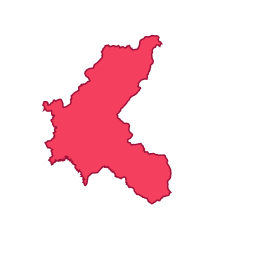 Chawang, Nakhon Si Thammarat, Thailand (Albers equal-area conic projection), rotated 50°
{"feature_id": "78962969B73992602803930", "entity_name": "Chawang", "entity_type": "district", "adm_level": 2, "iso_a3": "THA", "parent_name": "Thailand", "parent_adm1": "Nakhon Si Thammarat", "projection": "albers", "projection_center": [99.536, 8.499], "detail": "fine", "context": "isolated", "style": "filled", "palette": "rose", "viewbox_px": 256, "rotation_deg": 50, "n_neighbors": 0, "source": "geoboundaries", "source_scale": "gbopen_adm2", "svg_char_len": 5848}
<svg xmlns="http://www.w3.org/2000/svg" viewBox="0 0 256 256"><g transform="rotate(50 128 128)"><path d="M202.0,151.9L203.2,151.3L204.0,150.4L203.3,148.2L203.5,146.8L203.1,145.5L203.7,144.1L204.2,143.6L204.5,141.9L205.1,141.4L205.5,140.4L205.6,139.6L204.6,138.3L204.9,136.7L200.7,136.6L198.3,135.3L196.9,133.7L195.2,132.8L193.9,131.3L193.7,128.5L193.1,127.3L189.8,123.8L188.5,123.5L188.0,122.5L183.3,121.1L179.7,120.6L179.2,120.2L178.8,118.9L177.2,118.3L174.6,118.2L173.3,117.4L172.2,117.6L169.2,121.1L168.7,122.2L167.1,122.7L166.2,124.0L164.8,124.4L163.6,125.2L163.3,126.0L162.2,127.2L162.3,128.2L160.6,128.7L158.8,128.5L157.2,130.6L156.9,130.6L156.6,130.1L155.5,130.5L154.7,128.9L153.9,129.2L153.4,128.8L151.2,128.1L150.1,128.4L148.2,128.1L145.5,133.0L144.0,134.6L143.4,136.2L142.3,136.3L140.9,135.8L138.9,137.3L136.7,135.8L137.3,132.8L136.7,129.9L136.0,128.8L133.9,128.9L132.5,129.4L130.1,128.7L126.8,125.2L124.8,125.1L123.2,126.4L122.7,127.4L121.3,128.3L119.9,128.2L117.3,128.8L115.6,128.6L114.3,129.4L113.2,129.1L112.3,128.2L110.5,127.8L110.3,127.3L110.4,125.2L109.8,123.7L110.0,122.9L108.6,120.7L108.9,119.8L108.1,113.4L107.4,111.6L107.1,108.9L106.1,106.7L106.3,103.5L106.9,102.2L106.9,99.8L107.1,99.3L106.6,97.7L106.4,95.1L105.8,94.6L105.7,93.0L105.2,92.6L104.8,92.6L103.5,93.5L102.3,93.4L101.8,92.3L100.6,91.4L99.9,88.9L99.8,86.7L100.9,84.0L102.7,82.0L101.4,80.4L99.9,79.5L99.7,77.8L98.2,76.0L98.3,75.3L97.6,74.7L97.7,74.0L96.9,73.5L95.8,71.5L94.5,70.7L94.2,67.3L93.6,66.3L92.4,65.4L90.1,64.8L87.7,63.2L86.6,62.3L85.9,60.9L83.7,59.1L83.0,56.8L83.7,55.2L82.9,53.5L82.8,52.6L83.6,51.7L85.9,51.2L84.7,49.3L84.7,48.6L85.1,48.1L83.1,47.8L81.8,48.6L81.1,48.6L79.3,47.7L78.6,46.2L77.3,46.0L75.9,46.7L75.3,47.7L72.4,50.4L72.2,52.2L71.0,54.2L69.2,56.2L69.8,58.4L69.1,60.2L68.9,62.1L69.2,62.9L71.7,65.6L72.7,67.4L73.5,69.6L73.2,71.3L72.4,72.0L71.2,74.3L70.2,74.3L69.5,73.9L69.2,74.6L67.8,74.6L65.8,73.9L65.3,74.6L64.6,76.5L65.4,77.0L64.7,78.8L62.9,79.4L62.1,80.2L61.4,81.8L61.6,82.0L61.3,82.7L60.7,82.7L59.9,82.2L58.7,82.4L58.3,84.6L57.3,85.0L57.2,85.7L55.8,85.9L55.0,87.4L54.9,88.5L54.2,89.3L53.5,89.3L53.6,89.8L52.5,90.3L51.7,90.0L51.7,90.8L51.0,91.3L50.4,92.7L51.1,93.7L51.4,96.6L52.3,97.0L52.3,98.3L52.7,98.9L52.6,99.3L54.7,99.8L55.5,100.4L55.8,101.4L56.5,101.4L56.7,101.9L57.4,102.2L58.3,109.3L58.0,113.3L59.8,115.8L58.6,118.1L57.8,119.1L57.1,121.7L57.1,122.9L57.6,124.8L58.5,126.0L60.6,126.7L61.8,126.7L63.2,126.1L65.4,126.2L65.8,126.6L67.3,126.8L67.3,127.6L66.6,129.1L66.8,130.1L66.6,133.1L65.8,133.6L65.4,135.1L65.6,135.6L64.9,135.5L64.8,136.4L65.5,137.0L65.0,137.9L65.2,138.8L65.0,139.5L67.5,141.4L66.7,146.2L66.7,148.2L67.1,149.3L66.8,150.6L67.8,151.4L68.9,151.9L69.4,152.6L69.1,153.4L71.5,155.0L72.5,156.5L72.2,160.6L71.3,163.2L70.7,164.2L69.8,164.1L67.4,162.2L64.2,161.2L63.3,161.0L62.2,161.7L61.5,163.3L61.0,166.2L59.2,166.5L59.0,167.4L59.8,168.6L60.0,169.9L59.6,170.6L60.0,173.2L59.4,173.8L59.1,174.5L57.7,174.0L57.7,173.5L56.3,173.2L55.0,174.1L54.0,175.3L55.8,178.5L56.9,178.1L57.7,178.2L59.3,179.3L60.2,180.8L60.3,179.3L60.9,179.0L62.1,179.4L63.0,179.1L64.7,177.1L65.3,175.7L66.1,175.8L68.4,177.5L69.9,177.9L70.3,177.6L70.5,176.3L70.9,176.2L71.3,176.8L71.8,179.0L72.7,179.8L72.4,181.4L72.8,182.1L75.5,182.4L77.2,183.4L79.8,183.8L80.8,182.3L81.7,182.4L82.0,183.0L81.5,184.3L82.0,185.3L82.9,185.9L84.3,185.9L83.7,188.3L86.8,189.2L86.8,190.1L87.8,190.4L87.6,193.0L88.1,194.8L87.4,196.5L86.4,197.7L86.7,198.6L86.0,200.9L89.1,201.5L89.6,201.8L91.9,202.0L92.4,200.8L96.0,199.9L96.1,201.5L96.9,201.9L98.7,202.0L98.7,202.6L99.4,203.2L100.9,203.4L101.1,204.8L100.8,207.0L101.6,207.1L101.7,209.3L102.9,209.1L103.3,208.8L104.8,208.8L105.4,209.4L107.1,210.0L107.3,208.6L106.8,208.1L106.5,208.3L107.3,206.0L107.1,205.6L106.6,205.6L106.4,205.0L106.6,204.9L106.0,204.3L106.9,204.1L106.9,203.8L107.3,203.8L107.4,203.2L107.7,203.3L108.1,202.5L108.5,202.5L108.6,201.9L108.2,201.9L108.2,201.6L108.8,201.5L107.9,200.4L108.6,200.7L109.0,200.5L109.6,200.9L109.7,199.9L109.1,199.7L109.4,199.1L110.0,199.3L110.3,199.1L110.3,199.5L111.2,199.0L111.8,197.4L110.7,197.2L111.3,196.6L111.3,195.7L111.7,195.0L111.0,194.6L110.8,195.0L109.7,194.6L109.5,194.1L110.2,193.4L110.9,193.8L111.1,192.9L111.4,193.1L111.9,192.9L112.2,193.8L112.6,193.6L113.6,194.3L114.6,192.9L115.3,193.4L115.3,192.1L116.5,192.9L117.6,193.2L117.6,192.1L117.9,192.0L118.4,193.2L119.4,192.9L119.8,193.4L120.6,192.7L121.6,193.1L121.1,192.6L122.2,191.9L122.8,192.5L123.1,192.3L123.6,193.4L124.4,194.0L125.0,193.9L125.7,194.2L126.6,193.8L127.3,194.2L127.5,193.9L128.3,194.0L128.3,193.8L128.0,193.8L128.2,193.5L129.1,193.6L129.2,192.8L129.8,193.6L129.8,192.8L132.0,192.4L133.1,193.0L133.3,194.0L134.1,193.6L135.1,193.7L135.1,194.7L135.8,193.9L136.4,194.1L137.1,193.7L137.7,194.6L138.2,194.4L138.3,195.1L139.3,194.6L138.8,195.6L139.7,195.7L140.3,196.6L140.7,196.6L140.8,197.3L141.5,196.9L142.0,197.2L142.5,196.9L142.6,197.4L143.1,197.7L144.3,197.8L144.7,197.4L144.2,195.4L139.6,190.0L139.4,184.8L140.1,183.4L142.0,180.9L142.5,179.9L141.5,173.2L141.8,172.9L141.7,172.1L142.2,170.5L143.0,171.0L143.3,170.5L143.6,170.6L144.2,169.2L144.6,169.3L145.0,168.2L145.6,168.7L146.4,168.3L147.1,168.4L147.4,168.7L147.9,168.2L148.8,168.1L149.8,168.5L150.2,167.7L151.6,168.3L152.0,167.8L152.0,167.3L152.9,167.1L153.3,167.4L155.3,167.4L155.8,168.0L156.4,168.2L156.6,168.8L157.3,168.6L157.8,168.0L158.5,168.1L158.8,167.5L162.4,165.8L162.2,164.6L162.9,162.8L163.5,162.0L164.1,161.8L165.2,162.0L165.6,162.5L166.8,163.0L168.4,164.6L169.7,164.1L170.2,165.3L171.5,164.7L173.8,165.4L174.6,164.9L174.9,164.1L177.4,162.5L179.0,162.7L180.2,163.6L184.5,163.9L186.0,162.4L187.6,162.0L189.6,161.1L190.5,161.3L191.1,160.5L192.4,160.1L193.1,159.2L193.9,159.1L194.2,158.6L196.8,159.4L197.5,159.2L197.7,159.5L201.3,158.4L201.7,157.3L201.6,155.6L202.0,155.2L202.0,151.9Z" fill="#f43f5e" stroke="#9f1239" stroke-width="1.5"/></g></svg>